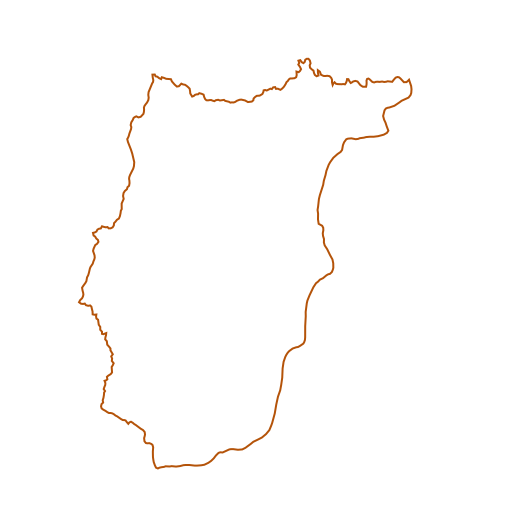 outline of Santa Vitória, Minas Gerais, Brazil, rotated 170°
{"feature_id": "56859067B64714034582916", "entity_name": "Santa Vitória", "entity_type": "district", "adm_level": 2, "iso_a3": "BRA", "parent_name": "Brazil", "parent_adm1": "Minas Gerais", "projection": "equal_earth", "projection_center": [-50.287, -18.979], "detail": "fine", "context": "isolated", "style": "outline", "palette": "amber", "viewbox_px": 512, "rotation_deg": 170, "n_neighbors": 0, "source": "geoboundaries", "source_scale": "gbopen_adm2", "svg_char_len": 6089}
<svg xmlns="http://www.w3.org/2000/svg" viewBox="0 0 512 512"><g transform="rotate(170 256 256)"><path d="M324.2,452.3L326.5,452.6L326.7,449.5L326.6,447.0L327.2,445.2L328.3,444.0L333.3,436.1L334.1,433.4L334.2,430.5L335.0,428.2L336.7,426.0L338.3,424.6L339.8,423.1L340.6,421.6L340.8,419.6L341.4,417.3L342.2,415.5L345.4,413.1L347.7,412.9L349.6,414.3L350.9,414.0L352.5,413.3L353.8,411.3L355.6,409.3L356.7,406.7L356.4,404.6L357.0,402.7L359.4,398.6L360.4,396.4L361.4,394.8L362.5,393.5L362.3,390.5L360.7,382.6L360.1,378.3L359.6,369.6L360.6,365.7L361.7,363.4L364.9,359.1L366.0,357.6L367.1,355.7L367.6,354.0L367.6,352.1L367.9,349.7L368.8,347.2L370.6,346.1L371.5,344.2L373.9,342.8L375.5,341.0L376.5,338.2L376.4,335.2L379.2,331.0L380.1,325.5L381.2,324.1L382.0,321.6L383.1,318.9L384.5,316.7L386.7,315.8L388.3,314.3L390.1,313.0L390.7,310.8L392.2,309.1L394.3,308.5L396.3,308.8L397.2,310.3L398.8,310.3L400.6,311.0L402.5,312.0L404.0,310.1L406.0,310.1L407.6,309.5L408.9,307.8L410.7,307.2L412.5,307.1L412.4,304.4L411.0,303.0L410.3,301.0L408.9,299.3L408.7,297.3L410.4,295.6L412.4,294.7L414.6,291.5L415.6,289.3L414.9,284.7L415.1,282.4L415.9,280.6L417.0,279.0L418.1,276.8L420.8,274.0L421.7,272.6L423.5,268.4L424.6,266.2L426.1,264.3L427.4,260.7L428.7,259.1L431.2,256.7L432.8,255.0L432.8,251.9L432.6,249.8L432.7,247.9L433.5,246.1L434.7,244.5L436.7,243.2L438.3,241.2L436.6,239.4L434.6,238.8L432.9,238.9L432.0,237.1L429.9,236.1L427.9,236.1L426.9,234.7L426.8,232.4L426.6,229.7L427.0,226.9L425.4,226.2L423.4,226.1L424.0,224.3L424.0,222.1L422.6,220.7L422.8,215.6L421.7,213.2L422.2,210.4L420.8,208.2L421.2,206.1L419.9,205.5L416.9,206.1L417.5,203.9L418.4,202.1L419.0,200.1L417.7,198.0L417.9,194.5L416.4,192.1L415.4,190.2L415.7,188.4L414.1,184.1L416.0,182.3L415.5,180.0L416.2,177.7L414.8,175.1L416.0,173.3L417.4,171.8L418.0,166.3L419.6,164.9L422.3,163.8L423.8,162.9L423.8,160.4L425.1,159.6L426.8,159.4L426.4,157.0L426.9,155.1L427.9,153.6L429.1,151.4L428.1,149.2L429.3,147.9L429.9,145.5L430.9,142.7L432.0,140.6L432.0,138.2L433.8,137.0L434.7,134.9L434.5,132.7L433.1,131.2L431.1,129.6L429.6,128.1L428.1,126.9L426.3,126.6L424.9,126.0L423.6,125.0L422.1,123.3L420.6,122.2L417.3,118.9L415.7,117.6L414.2,117.3L413.0,116.7L412.0,114.7L410.9,112.9L409.6,114.1L407.9,114.5L406.3,113.1L405.1,111.6L403.8,110.5L399.6,106.0L397.5,104.2L396.2,102.0L396.3,99.4L397.0,97.7L397.8,96.1L398.0,92.9L396.9,90.9L395.5,90.4L393.5,90.2L391.6,89.0L390.7,87.8L390.5,85.4L391.5,81.5L391.9,79.1L392.4,75.8L392.5,73.1L392.5,70.8L391.9,67.3L391.2,64.9L389.5,63.8L387.9,64.3L385.9,64.4L383.2,64.3L381.5,64.6L377.6,63.7L375.6,63.7L371.3,62.5L367.2,62.3L363.8,62.6L361.5,62.4L358.1,61.8L353.0,60.3L350.2,59.8L346.2,59.4L343.1,59.4L338.8,60.6L335.8,62.0L332.8,64.0L330.1,66.5L327.1,68.6L325.3,68.9L323.0,68.3L316.1,70.1L314.8,70.2L312.1,69.8L307.4,68.3L303.1,67.9L299.8,68.9L293.9,71.8L290.9,73.5L285.9,74.9L281.7,76.2L277.0,78.9L273.1,82.2L270.6,86.1L269.1,88.7L264.9,97.6L261.8,106.3L258.8,113.6L255.5,119.5L253.6,124.6L251.3,131.6L249.3,140.7L247.2,147.0L244.7,151.5L243.3,153.4L241.5,155.3L239.8,156.6L236.0,158.5L232.4,159.1L230.3,159.1L228.1,159.9L224.6,161.5L223.5,162.8L222.4,164.8L221.7,167.4L219.7,178.5L217.5,187.9L216.8,192.3L214.2,200.6L213.1,203.2L210.1,208.0L204.9,215.3L201.6,218.8L199.3,220.0L197.2,221.6L193.9,222.5L189.9,224.8L187.9,225.5L186.4,225.5L184.1,227.0L182.7,229.2L181.9,231.0L181.2,235.4L181.3,239.3L183.0,244.3L184.7,250.3L186.5,254.5L186.8,257.5L186.1,260.9L186.5,264.1L186.3,266.8L185.2,269.7L184.9,272.1L185.6,274.3L188.7,276.8L188.6,281.3L187.5,286.9L187.4,290.6L186.2,294.1L184.1,301.3L182.5,304.9L177.5,314.4L176.1,318.4L173.5,323.6L171.9,327.6L168.5,333.3L166.6,335.6L162.8,339.3L158.1,342.2L154.6,343.8L152.8,345.5L151.1,350.1L149.5,352.7L146.8,355.3L145.1,355.6L141.6,355.3L137.5,353.7L135.1,353.6L133.3,354.0L129.2,353.8L126.9,354.0L123.4,353.7L119.1,353.0L114.9,352.8L109.1,353.3L105.7,354.5L103.9,356.4L104.8,361.2L105.3,364.8L106.2,368.1L106.5,371.8L104.1,377.2L102.5,378.7L100.8,379.1L98.8,379.1L93.6,379.9L88.2,382.3L85.6,383.6L78.3,385.5L75.9,387.6L74.8,389.6L73.9,393.2L73.7,396.4L74.7,403.0L75.9,402.1L77.6,401.1L80.2,401.5L82.9,405.7L84.2,407.2L85.6,407.7L87.5,407.4L89.8,405.6L91.6,403.9L96.0,405.2L97.6,405.0L99.5,405.1L101.5,405.9L104.1,406.0L105.9,406.5L107.7,406.7L109.5,406.4L111.2,407.2L113.4,410.2L114.4,411.2L115.8,411.1L116.7,409.6L117.0,407.3L117.4,405.6L118.2,403.6L121.3,404.1L122.5,405.1L123.7,406.4L125.7,410.2L127.8,411.2L130.0,411.0L131.4,410.3L132.7,409.9L133.7,412.0L134.3,414.1L135.6,414.4L136.2,412.7L137.3,410.9L138.6,409.6L140.2,410.2L142.0,410.3L145.7,411.1L147.3,411.7L148.5,413.5L149.8,412.5L150.8,411.1L151.0,413.9L150.5,416.4L151.0,418.4L152.3,420.3L154.5,421.1L156.5,421.2L158.2,421.6L160.5,423.2L161.1,426.4L162.8,428.2L163.2,425.6L163.1,422.9L165.1,422.5L166.6,424.1L167.1,426.2L167.2,428.6L168.6,430.0L170.1,432.1L170.0,434.5L168.8,436.3L169.0,439.2L170.1,441.1L171.8,441.4L173.4,440.7L174.3,438.7L175.8,437.7L177.3,438.9L178.4,441.2L180.3,441.0L179.9,438.6L181.1,437.2L179.9,434.7L179.2,432.2L180.5,430.6L182.1,429.6L184.1,430.6L184.5,427.1L185.4,425.1L187.2,424.4L189.8,424.6L191.5,424.9L193.0,424.2L194.2,422.9L195.8,421.9L196.8,420.4L198.2,418.8L199.4,417.6L201.4,416.2L203.1,415.4L205.5,417.0L207.3,417.1L207.8,419.0L209.8,419.1L211.4,417.6L212.8,418.3L216.7,417.1L218.2,417.9L219.7,417.8L220.3,416.2L221.6,414.4L224.5,413.3L227.5,413.6L229.5,412.6L231.0,411.5L231.6,409.8L233.3,408.8L237.2,409.0L239.8,411.1L243.4,412.6L245.2,412.7L247.8,412.2L249.9,411.3L251.5,411.1L253.2,411.5L254.6,411.5L255.9,412.6L259.4,414.1L260.4,415.3L264.5,415.4L266.1,416.4L268.5,416.4L270.1,415.7L271.9,416.6L273.1,417.4L274.5,417.6L276.2,417.6L277.8,418.0L278.8,419.3L279.4,421.5L279.6,424.0L281.4,425.2L283.6,426.2L285.0,425.3L286.5,425.5L288.1,425.3L289.5,424.4L291.2,424.1L292.5,427.5L292.3,429.9L292.3,432.3L293.4,433.9L294.7,435.5L296.1,436.9L298.2,437.7L299.6,438.7L302.4,436.6L304.5,436.6L306.4,439.0L308.5,442.5L309.1,444.9L313.7,446.1L315.7,447.4L317.7,448.4L318.7,446.7L320.6,448.0L322.0,449.7L323.7,450.4L324.2,452.3Z" fill="none" stroke="#b45309" stroke-width="2"/></g></svg>